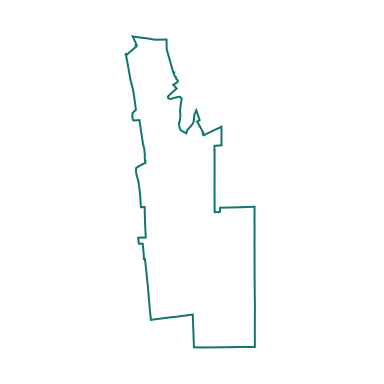 Modelu, Calarasi, Romania (Natural Earth projection), rotated 172°
{"feature_id": "2599482B1796391595822", "entity_name": "Modelu", "entity_type": "district", "adm_level": 2, "iso_a3": "ROU", "parent_name": "Romania", "parent_adm1": "Calarasi", "projection": "natural_earth1", "projection_center": [27.399, 44.232], "detail": "fine", "context": "isolated", "style": "outline", "palette": "teal", "viewbox_px": 384, "rotation_deg": 172, "n_neighbors": 0, "source": "geoboundaries", "source_scale": "gbopen_adm2", "svg_char_len": 4164}
<svg xmlns="http://www.w3.org/2000/svg" viewBox="0 0 384 384"><g transform="rotate(172 192 192)"><path d="M196.0,346.5L197.4,346.7L198.5,346.8L207.6,348.0L214.8,350.3L223.8,352.7L225.7,353.3L225.7,353.2L226.3,353.4L228.8,354.1L229.0,354.2L228.3,351.9L226.3,345.0L227.3,345.2L227.3,344.1L227.3,343.5L227.5,343.5L231.8,340.7L235.0,338.7L236.1,337.9L237.8,336.8L238.0,336.8L238.0,337.1L238.0,337.3L237.9,337.6L238.0,337.7L238.0,337.8L238.2,338.0L238.5,337.9L238.5,337.5L238.3,337.3L238.3,337.0L238.0,330.5L237.3,311.5L237.1,310.1L236.9,308.3L236.1,300.3L236.0,293.6L236.1,281.5L236.3,281.4L236.3,281.0L238.7,279.4L240.1,278.0L240.5,275.8L240.6,272.5L240.1,271.0L234.0,270.5L233.9,249.3L233.8,245.7L233.3,241.8L233.4,238.7L233.5,235.7L234.0,232.9L234.2,229.2L233.8,229.2L234.1,227.3L234.1,227.2L235.8,226.7L236.7,226.5L237.2,226.4L237.3,226.4L238.3,225.9L238.5,225.9L239.0,225.6L240.6,225.1L241.3,224.7L242.6,224.2L244.0,223.5L244.6,220.3L244.6,217.5L243.6,210.0L243.7,197.6L244.7,184.0L241.0,183.8L241.3,180.7L241.6,178.8L241.8,176.6L242.0,175.1L242.4,171.5L242.8,167.6L243.0,165.8L243.0,165.7L243.4,161.4L243.6,158.9L244.0,154.8L244.1,153.4L251.7,154.2L251.8,150.6L251.8,149.4L251.8,148.2L248.0,147.6L248.1,145.0L248.3,140.5L248.4,139.7L248.5,137.5L248.5,136.5L248.5,136.4L248.8,133.9L249.0,132.3L248.9,132.2L247.9,132.2L248.3,119.0L248.6,113.1L248.7,108.9L248.8,105.7L249.0,102.3L249.2,99.2L249.4,95.3L249.8,87.1L250.4,74.5L250.5,71.1L228.4,70.9L228.1,70.7L208.3,70.5L211.7,37.9L209.8,37.6L209.0,37.5L208.3,37.4L207.0,37.2L205.1,36.9L203.8,36.7L201.8,36.4L201.3,36.3L199.6,36.1L198.7,36.0L197.9,35.9L195.7,35.6L192.5,35.2L191.5,35.0L191.4,35.0L189.8,34.8L189.7,34.8L188.9,34.7L186.7,34.4L184.0,34.1L182.6,33.9L181.3,33.7L179.5,33.5L178.2,33.3L177.6,33.3L177.4,33.2L176.4,33.1L176.0,33.1L175.9,33.0L175.7,33.0L175.1,32.9L174.9,32.9L174.6,32.9L174.4,32.9L174.2,32.8L173.9,32.8L173.7,32.8L173.5,32.7L173.4,32.7L173.2,32.7L172.8,32.7L172.7,32.6L172.4,32.6L172.1,32.6L171.8,32.5L171.7,32.5L171.4,32.5L171.3,32.4L171.1,32.4L170.8,32.4L170.7,32.4L170.4,32.3L170.2,32.3L169.9,32.3L169.6,32.2L169.4,32.2L169.2,32.2L168.9,32.1L168.6,32.1L168.3,32.1L168.2,32.1L166.8,31.9L166.0,31.8L163.3,31.4L160.1,31.0L153.1,30.0L151.3,29.8L150.1,38.6L148.9,47.4L146.2,66.0L145.4,71.7L144.0,82.6L141.8,99.3L137.3,132.0L135.3,146.0L133.4,159.8L132.1,168.7L145.6,170.1L155.9,171.3L166.3,172.5L167.2,168.2L172.4,168.9L171.0,178.9L170.3,184.5L167.4,205.0L166.3,212.6L165.2,220.7L163.8,230.0L164.1,230.1L163.3,234.6L156.3,234.1L154.3,248.3L154.2,249.2L153.8,252.5L154.4,252.3L158.8,250.9L159.7,250.7L163.4,249.5L170.0,247.4L170.4,247.2L170.5,247.2L171.1,247.0L171.3,246.9L171.5,246.9L171.8,246.8L172.0,246.7L172.3,246.6L172.6,246.5L172.8,246.8L173.0,247.1L173.1,247.4L173.2,247.6L173.3,248.0L173.2,248.1L172.6,248.3L172.8,248.9L173.2,249.9L172.8,250.0L175.6,256.9L175.4,256.9L176.6,259.8L177.0,260.9L177.1,261.0L174.5,261.9L174.4,262.2L174.7,263.5L174.7,263.4L176.4,272.3L178.1,269.6L178.4,268.9L178.5,268.8L179.1,267.4L179.3,267.0L179.4,266.4L179.7,265.5L179.9,264.4L179.9,264.0L180.0,263.6L179.8,263.2L180.3,262.5L180.5,262.1L180.6,261.6L180.6,261.3L180.7,261.1L181.0,260.6L181.7,259.6L181.8,259.4L182.6,258.7L183.7,257.8L184.3,257.0L184.9,256.5L185.1,256.4L185.3,256.3L185.5,256.1L186.2,255.6L186.7,255.1L187.4,254.4L187.6,254.4L188.1,253.8L188.3,253.5L188.6,253.0L188.7,252.7L188.9,252.4L189.0,252.0L189.0,251.9L189.2,251.3L189.3,251.1L189.4,250.9L189.7,251.2L192.2,252.8L193.9,254.2L194.5,254.9L194.8,255.2L194.9,255.6L195.1,256.3L195.4,258.3L195.5,259.0L195.5,260.1L195.4,261.1L195.4,261.9L195.2,262.5L194.8,262.5L194.7,262.5L193.3,267.3L192.9,269.1L192.6,273.0L192.4,275.0L191.8,277.1L190.2,283.3L189.6,284.5L189.3,285.4L189.4,286.4L190.6,287.9L192.4,288.1L199.6,287.2L200.9,287.4L201.9,287.7L202.5,288.2L202.6,288.7L202.6,289.7L202.3,290.1L201.8,290.5L201.5,290.7L197.7,293.4L192.8,296.6L195.6,300.7L191.8,302.4L190.8,303.1L190.5,304.5L191.0,305.1L191.8,305.8L191.9,306.1L191.8,307.7L192.4,308.2L192.6,308.5L192.8,309.1L193.3,310.5L193.5,311.1L193.6,311.5L192.9,312.9L194.0,313.4L196.1,328.8L197.2,336.9L196.8,340.1L196.0,346.5Z" fill="none" stroke="#0f766e" stroke-width="2"/></g></svg>